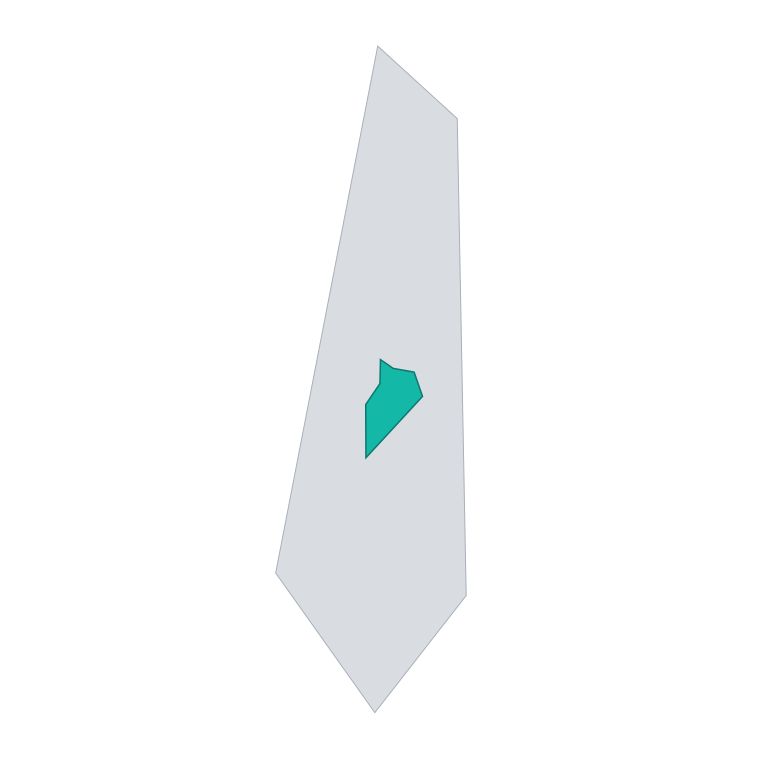 location of North Hill within Anguilla, rotated 121°
{"feature_id": "AIA-5118", "entity_name": "North Hill", "entity_type": "District", "adm_level": 1, "iso_a3": "AIA", "parent_name": "Anguilla", "parent_adm1": "", "projection": "robinson", "projection_center": [-63.07, 18.224], "detail": "fine", "context": "in_parent", "style": "filled", "palette": "teal", "viewbox_px": 768, "rotation_deg": 121, "n_neighbors": 0, "source": "natural_earth", "source_scale": "10m", "svg_char_len": 400}
<svg xmlns="http://www.w3.org/2000/svg" viewBox="0 0 768 768"><g transform="rotate(121 384 384)"><path d="M601.8,379.5L97.6,563.4L118.8,457.9L523.0,204.6L670.4,222.6L601.8,379.5Z" fill="#d9dde1" stroke="#a8b0b8" stroke-width="1"/><path d="M358.3,364.3L374.8,344.6L456.5,361.5L411.0,389.1L385.7,387.7L364.9,399.6L365.9,384.2L358.3,364.3Z" fill="#14b8a6" stroke="#0f766e" stroke-width="1.5"/></g></svg>